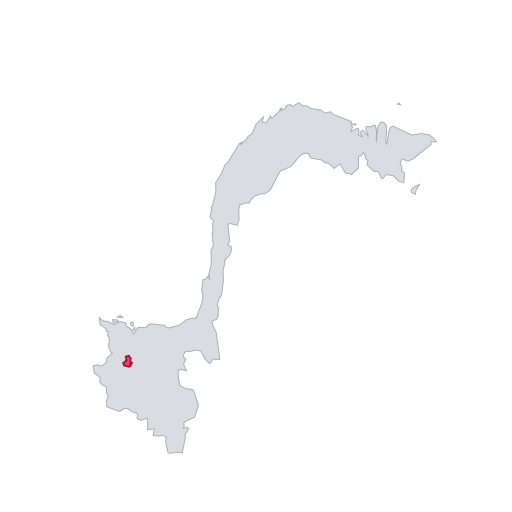 Vo Nhai, Thái Nguyên, Vietnam (highlighted), rotated 229°
{"feature_id": "81297802B13645799597087", "entity_name": "Vo Nhai", "entity_type": "district", "adm_level": 2, "iso_a3": "VNM", "parent_name": "Vietnam", "parent_adm1": "Thái Nguyên", "projection": "orthographic", "projection_center": [106.082, 21.786], "detail": "fine", "context": "in_parent", "style": "filled", "palette": "rose", "viewbox_px": 512, "rotation_deg": 229, "n_neighbors": 0, "source": "geoboundaries", "source_scale": "gbopen_adm2", "svg_char_len": 5891}
<svg xmlns="http://www.w3.org/2000/svg" viewBox="0 0 512 512"><g transform="rotate(229 256 256)"><path d="M312.2,97.3L307.8,97.7L303.2,101.5L297.1,104.0L295.7,110.6L290.6,113.7L288.2,112.3L283.1,113.7L277.6,112.3L279.5,119.9L274.1,126.0L274.7,129.9L273.2,132.8L263.7,141.4L260.9,141.6L258.7,143.0L254.1,153.1L253.5,161.6L251.4,166.4L249.3,168.4L248.8,171.0L256.1,184.4L260.9,189.8L265.7,192.5L272.9,200.4L271.8,202.5L272.3,207.0L268.9,205.7L269.3,206.2L273.4,208.6L279.4,217.1L290.1,226.0L291.7,230.5L302.0,237.8L301.8,238.8L309.1,244.6L309.9,246.9L315.4,246.6L320.4,253.4L322.0,253.4L322.6,256.3L330.8,267.8L337.7,273.6L341.1,284.4L345.2,292.5L345.4,297.2L351.7,317.0L351.3,319.6L350.1,317.1L350.3,324.6L351.4,328.6L351.0,333.5L355.4,342.6L356.1,352.8L353.0,348.5L349.8,351.6L352.3,358.8L349.5,358.2L349.9,367.9L351.1,371.3L350.8,372.6L349.4,370.0L348.3,374.7L349.5,377.8L347.7,381.4L345.0,381.7L343.6,389.0L338.9,389.7L335.6,393.0L331.3,394.3L323.5,400.7L318.5,401.9L315.9,406.9L311.4,407.5L294.9,416.2L293.0,414.2L290.0,413.4L287.6,408.9L286.0,416.2L284.7,416.7L282.2,415.3L279.7,412.4L276.3,414.5L280.1,415.0L281.2,417.0L280.6,419.2L272.3,419.2L279.8,422.1L281.4,424.3L277.8,427.8L277.8,430.4L276.0,431.6L271.8,429.3L262.9,421.4L273.5,432.7L275.4,437.8L272.8,440.1L269.8,440.2L264.9,436.8L257.0,428.7L254.3,427.6L263.6,439.1L264.9,441.7L263.9,444.7L244.8,453.2L239.7,461.4L233.8,466.2L227.4,467.5L223.9,467.0L227.6,462.9L225.3,461.3L226.2,438.6L227.9,432.7L233.2,430.3L233.3,429.1L231.4,425.6L227.0,424.3L225.0,421.8L221.1,422.6L214.4,415.8L218.3,412.8L226.4,412.4L232.0,407.7L231.3,402.4L232.0,401.7L239.6,403.7L242.2,400.6L252.1,399.6L254.9,403.2L257.3,402.6L261.9,405.1L263.7,405.1L262.8,401.5L263.6,398.3L255.0,391.0L254.9,381.3L257.0,380.8L259.2,377.8L270.4,379.8L270.8,372.4L278.9,371.5L280.7,369.4L285.4,368.6L293.3,362.1L296.6,361.7L298.4,363.3L301.6,360.3L302.9,355.3L300.6,341.3L304.2,329.7L296.4,310.0L297.3,303.1L299.6,300.7L302.0,295.0L301.7,288.7L300.4,285.6L302.5,283.3L305.2,277.6L302.7,273.7L294.7,267.3L291.5,262.0L297.8,257.7L297.9,255.1L284.9,246.2L282.7,241.6L279.6,243.4L277.3,242.3L274.2,237.7L273.0,229.0L270.9,227.6L266.6,221.5L259.3,215.7L250.7,206.4L248.9,203.6L247.8,199.3L244.3,194.4L240.9,193.4L234.9,187.1L234.1,184.5L235.8,180.1L231.6,177.8L224.1,175.6L201.7,160.8L206.4,155.8L205.1,151.0L205.7,150.2L211.9,150.0L220.8,152.0L225.0,148.1L227.0,143.8L230.1,140.6L230.1,138.7L227.9,135.2L223.9,135.1L221.8,130.2L215.0,128.2L219.5,125.0L220.9,122.3L214.6,117.2L208.0,113.6L202.0,115.9L197.5,120.0L195.3,120.6L181.1,114.7L174.5,103.7L177.3,95.0L177.4,91.8L174.6,90.2L173.9,88.1L171.7,91.8L169.7,91.8L167.7,85.1L165.2,83.5L155.9,71.1L158.9,68.7L163.5,61.8L165.3,60.6L174.7,65.6L178.7,69.7L182.9,67.0L182.9,65.6L188.0,60.6L192.4,65.9L195.9,60.3L204.3,67.5L205.6,66.1L207.4,61.4L209.8,60.0L211.6,59.8L213.9,62.6L215.8,62.9L220.0,60.0L224.3,59.5L227.2,57.0L228.0,51.5L229.1,50.5L240.0,44.5L244.4,47.7L247.2,52.4L251.0,53.7L255.0,56.8L258.2,56.4L259.2,55.3L263.2,55.4L266.6,58.7L273.6,57.2L280.0,60.9L277.9,65.0L274.7,66.9L273.9,68.9L274.0,73.6L276.7,76.4L277.0,84.0L278.7,83.4L285.2,85.6L287.7,89.3L290.8,91.5L293.3,91.7L295.5,94.6L297.7,93.6L298.7,94.9L303.3,94.4L306.4,93.2L312.2,97.3ZM204.1,416.2L204.4,420.9L202.7,426.4L200.9,420.3L198.0,416.7L201.9,415.2L204.1,416.2ZM302.3,105.9L298.5,109.5L297.0,109.5L298.9,104.4L302.3,105.9ZM287.0,119.6L285.9,119.7L283.8,117.3L284.9,116.1L287.4,117.0L287.9,118.0L287.0,119.6ZM300.2,114.3L298.7,115.0L296.9,115.0L301.0,111.2L300.2,114.3ZM280.6,114.4L282.2,118.2L279.9,116.2L280.6,114.4ZM293.0,414.9L289.9,418.0L289.7,416.6L293.0,414.9ZM277.7,464.2L275.3,464.3L277.9,462.4L277.7,464.2Z" fill="#d9dde1" stroke="#a8b0b8" stroke-width="1"/><path d="M262.7,86.2L262.7,85.9L262.7,85.7L262.4,85.5L262.2,85.5L262.2,85.4L261.9,85.3L261.8,85.2L261.7,85.1L261.4,85.1L261.2,85.1L260.9,85.1L260.7,85.1L260.6,84.9L260.5,84.7L260.4,84.6L260.1,84.5L260.0,84.4L259.9,84.4L259.8,84.5L259.7,84.8L259.7,85.0L259.5,85.3L259.3,85.3L259.2,85.4L258.9,85.3L258.7,85.3L258.6,85.2L258.4,85.3L258.4,85.5L258.2,85.7L258.2,85.8L258.0,86.1L257.9,86.1L257.8,86.3L257.5,86.3L257.4,86.4L257.3,86.5L257.2,86.5L257.0,86.4L256.8,86.5L256.6,86.7L256.5,86.9L256.4,87.0L256.2,87.2L256.2,87.3L256.0,87.5L255.9,87.6L255.6,87.5L255.5,87.8L255.5,88.0L255.3,88.2L255.3,88.3L255.4,88.5L255.2,88.7L255.2,88.8L255.1,89.0L255.3,89.2L255.3,89.3L255.4,89.5L255.4,89.8L255.5,89.8L255.6,89.7L255.7,89.8L255.8,89.9L256.0,89.9L256.1,90.0L256.3,90.0L256.6,90.0L256.9,90.0L257.0,89.9L257.1,90.0L257.0,90.3L257.1,90.5L257.0,90.8L256.9,91.0L256.8,91.3L256.7,91.3L256.6,91.2L256.4,91.3L256.3,91.5L256.2,91.7L256.2,91.8L256.3,91.9L256.4,92.0L256.5,92.3L256.8,92.3L257.0,92.3L257.3,92.2L257.4,92.3L257.5,92.2L258.1,91.8L258.3,91.9L258.5,91.8L258.8,91.9L259.0,92.0L259.1,92.3L259.2,92.5L259.3,92.7L259.5,92.8L259.7,93.0L259.8,93.0L260.0,93.2L260.0,93.3L260.0,93.5L260.4,93.8L260.5,93.9L260.6,94.1L260.6,94.3L260.8,94.5L261.0,94.6L261.3,94.5L261.5,94.4L261.8,94.3L262.0,94.4L262.3,94.5L262.5,94.5L262.8,94.5L262.9,94.4L263.0,94.3L263.3,94.3L263.5,94.2L263.6,94.3L263.8,94.5L264.0,94.8L264.2,94.7L264.3,94.7L264.5,94.5L264.5,94.4L264.4,94.3L264.4,94.2L264.5,94.1L264.4,94.0L264.4,93.9L264.3,93.7L264.5,93.5L264.7,93.4L264.7,93.2L264.8,93.1L265.1,92.9L265.3,92.7L265.2,92.4L265.3,92.3L265.4,92.2L265.5,92.0L265.5,91.9L265.6,91.7L265.5,91.3L265.4,91.3L265.4,91.2L265.2,91.2L265.1,91.3L264.9,91.3L264.8,91.2L264.6,91.1L264.4,91.0L264.4,90.9L264.1,90.9L263.9,90.8L263.8,90.7L263.7,90.7L263.4,90.4L263.2,90.4L263.2,90.2L262.9,89.9L262.9,89.7L262.7,89.7L262.4,89.8L262.4,89.7L262.2,89.8L262.2,89.7L262.1,89.4L262.1,89.2L261.9,88.9L261.8,88.7L261.9,88.4L262.1,88.3L262.1,88.2L262.3,88.1L262.4,87.9L262.2,87.8L262.2,87.7L262.2,87.4L262.3,87.2L262.3,86.9L262.3,86.7L262.2,86.6L262.3,86.6L262.4,86.4L262.5,86.4L262.7,86.2L262.7,86.2Z" fill="#f43f5e" stroke="#9f1239" stroke-width="1.5"/></g></svg>